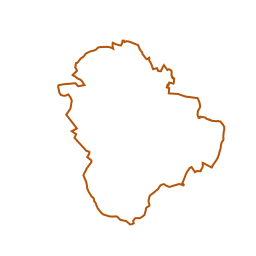 the district of Silindia, Arad, Romania, rotated 50°
{"feature_id": "2599482B7654473920884", "entity_name": "Silindia", "entity_type": "district", "adm_level": 2, "iso_a3": "ROU", "parent_name": "Romania", "parent_adm1": "Arad", "projection": "robinson", "projection_center": [21.934, 46.34], "detail": "fine", "context": "isolated", "style": "outline", "palette": "amber", "viewbox_px": 256, "rotation_deg": 50, "n_neighbors": 0, "source": "geoboundaries", "source_scale": "gbopen_adm2", "svg_char_len": 4022}
<svg xmlns="http://www.w3.org/2000/svg" viewBox="0 0 256 256"><g transform="rotate(50 128 128)"><path d="M204.7,184.9L202.6,183.9L201.8,181.1L201.9,180.1L204.7,176.9L205.1,174.1L205.2,171.3L204.1,169.7L202.2,166.9L201.3,166.1L200.8,164.9L201.0,164.0L201.3,162.3L201.2,161.4L199.8,160.6L197.9,159.7L196.5,158.7L196.1,157.9L195.1,156.7L194.3,155.6L193.8,154.2L193.8,153.8L194.0,151.2L194.1,148.9L194.0,147.0L194.1,144.3L193.6,142.7L192.8,140.1L193.3,138.4L193.7,137.2L194.2,136.6L194.9,136.2L195.8,136.1L196.6,135.8L197.8,135.3L198.8,134.7L199.6,134.3L199.9,133.8L200.7,132.1L202.1,128.6L203.8,124.9L204.1,124.6L204.5,124.2L207.6,122.4L207.3,121.8L206.8,121.7L205.1,121.8L204.5,120.4L203.8,119.1L203.0,117.6L202.0,115.8L201.2,114.4L200.0,111.9L199.5,111.0L198.8,108.0L198.4,107.2L198.3,106.5L198.8,104.4L204.9,105.1L204.9,104.2L205.2,103.6L205.3,102.8L205.8,102.5L206.1,101.9L206.7,101.3L207.7,100.4L207.8,99.9L206.9,98.8L206.6,97.7L206.1,96.5L205.3,95.2L202.7,93.2L203.6,92.7L212.1,89.3L211.9,88.8L211.7,88.1L211.2,87.6L210.8,86.1L210.3,84.2L209.5,81.2L208.4,78.3L207.4,76.5L206.3,74.7L205.1,73.3L203.5,70.6L200.3,67.1L199.5,66.0L199.2,65.2L198.9,64.4L198.7,63.6L198.6,62.9L198.3,62.6L198.1,62.2L197.5,61.7L196.1,60.8L192.9,57.6L191.0,55.2L189.0,53.6L188.6,53.5L186.4,53.1L184.1,53.1L182.4,53.0L181.3,54.1L180.1,54.8L179.7,56.1L178.4,57.1L177.3,58.2L176.2,59.3L175.2,59.5L174.7,60.0L174.1,60.5L173.6,60.3L173.4,60.7L172.5,61.3L171.4,62.0L170.5,61.9L170.0,62.0L168.9,62.7L167.7,63.7L167.0,64.4L166.2,65.1L165.7,65.5L165.7,66.2L166.3,66.7L165.5,67.4L162.5,66.2L159.9,63.5L158.9,60.4L157.8,58.8L155.3,57.3L153.3,56.4L149.8,55.5L149.5,55.9L147.9,57.3L145.9,59.1L140.9,63.7L133.9,68.0L127.7,74.5L123.9,70.8L121.8,72.2L120.3,69.9L121.3,69.6L119.7,67.2L123.2,64.7L122.3,63.3L119.8,60.8L119.0,61.0L119.0,61.6L118.0,61.7L118.0,61.4L117.8,61.4L117.1,61.4L116.9,61.0L116.3,60.9L116.1,60.9L115.3,60.7L115.2,60.5L114.0,59.3L112.8,58.4L112.5,58.1L111.7,58.0L110.4,58.3L109.3,58.8L109.1,59.3L108.9,60.6L103.1,60.1L103.4,60.7L103.3,61.8L103.4,62.0L104.3,63.1L104.5,63.5L104.8,64.8L105.0,65.2L105.7,66.2L105.7,66.3L104.9,67.2L103.7,68.2L101.8,67.6L100.8,67.3L99.1,71.0L94.1,69.1L92.8,68.8L91.8,68.5L90.9,68.5L90.0,68.4L88.7,67.6L88.5,66.8L87.7,66.6L87.7,67.1L87.7,67.8L87.5,68.9L87.2,69.6L85.9,69.6L84.1,69.5L82.7,69.4L80.9,69.4L78.8,68.5L77.2,68.6L76.7,68.5L74.9,68.3L71.2,67.0L67.9,68.7L64.6,70.4L63.7,71.0L62.9,71.5L61.9,72.1L60.6,73.3L59.9,75.4L58.3,75.0L57.6,76.0L58.8,77.5L59.1,77.8L59.4,78.4L59.7,79.1L60.3,80.3L59.1,81.4L58.5,81.8L56.4,83.2L55.6,83.7L54.7,84.0L53.8,84.4L52.9,84.9L53.6,85.6L55.8,87.6L56.3,87.7L57.7,88.4L56.2,89.0L55.6,89.3L54.4,90.1L53.8,90.5L52.5,91.9L52.2,92.1L50.1,94.8L49.7,95.4L49.0,96.2L48.1,97.3L47.8,98.0L47.3,98.8L47.2,99.7L47.2,100.7L47.4,102.0L47.2,103.1L46.2,105.5L45.3,107.2L44.9,108.4L44.4,110.2L43.9,112.3L44.7,116.1L44.7,117.3L44.4,118.7L44.5,120.2L45.4,124.3L45.4,125.2L44.9,126.0L45.7,127.2L46.0,127.8L46.7,128.1L46.9,128.4L46.9,128.5L47.1,128.7L47.6,129.4L48.9,129.6L49.4,129.6L50.0,130.0L50.7,130.0L51.4,130.3L51.8,136.4L52.9,136.2L54.0,135.5L57.2,134.9L58.7,134.3L60.1,133.5L60.6,133.3L61.3,133.3L63.6,133.2L66.6,133.8L67.1,133.8L65.1,137.4L64.0,139.3L59.9,139.5L53.2,149.1L51.7,151.7L50.6,153.6L50.6,153.8L50.8,154.1L51.4,154.9L53.4,156.0L57.0,157.9L58.7,158.1L59.6,158.2L61.5,156.9L62.9,155.5L63.9,152.2L67.4,152.4L70.8,153.4L75.0,158.2L76.2,159.8L78.1,166.7L95.5,167.5L94.3,173.1L99.4,171.7L101.1,175.3L108.5,175.0L118.6,174.6L121.4,172.9L122.6,174.1L122.9,174.3L124.1,178.0L126.7,177.4L129.3,176.9L130.6,178.0L132.3,185.0L132.7,186.4L133.2,186.9L133.6,188.1L134.4,190.2L134.8,191.2L135.5,192.5L140.1,194.0L141.8,194.4L144.8,195.9L148.1,198.1L152.0,199.2L155.2,199.6L156.8,200.0L158.6,199.6L159.7,199.4L161.0,200.1L162.5,201.0L164.1,200.9L167.1,201.9L169.9,202.8L173.6,203.0L174.8,202.9L176.0,203.0L178.3,202.5L183.3,199.4L185.7,197.1L187.9,194.1L189.0,193.3L193.4,192.9L198.1,189.3L200.2,188.8L202.9,188.5L204.0,187.4L204.7,184.9Z" fill="none" stroke="#b45309" stroke-width="2"/></g></svg>